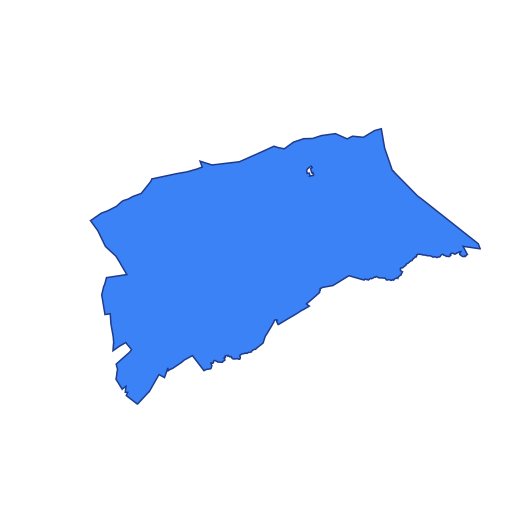 Mazowe, Mashonaland Central, Zimbabwe, rotated 54°
{"feature_id": "62879985B76003628227782", "entity_name": "Mazowe", "entity_type": "district", "adm_level": 2, "iso_a3": "ZWE", "parent_name": "Zimbabwe", "parent_adm1": "Mashonaland Central", "projection": "mercator", "projection_center": [31.124, -17.263], "detail": "fine", "context": "isolated", "style": "filled", "palette": "blue", "viewbox_px": 512, "rotation_deg": 54, "n_neighbors": 0, "source": "geoboundaries", "source_scale": "gbopen_adm2", "svg_char_len": 5710}
<svg xmlns="http://www.w3.org/2000/svg" viewBox="0 0 512 512"><g transform="rotate(54 256 256)"><path d="M379.0,84.1L369.9,82.8L381.7,70.7L381.9,70.4L376.8,69.0L307.5,88.4L302.5,90.0L267.7,95.2L267.8,95.0L266.5,95.3L259.1,93.0L244.3,88.5L226.7,79.8L224.2,86.4L223.1,99.3L215.8,107.5L214.8,113.4L203.7,119.8L197.0,132.3L194.2,141.1L189.0,148.6L188.0,152.3L187.9,152.4L185.9,158.7L185.9,170.1L181.6,174.1L177.7,177.0L176.3,184.3L170.0,214.0L156.4,238.2L146.4,245.5L150.3,246.6L152.5,247.3L151.5,250.3L151.4,250.9L151.4,251.3L147.4,262.3L143.0,271.2L132.4,295.0L133.8,297.1L137.9,312.1L135.4,320.9L134.8,325.9L133.1,331.1L133.1,333.5L133.8,339.5L132.2,349.6L130.4,356.0L130.1,369.1L142.5,369.1L159.9,372.2L173.8,369.4L182.6,370.1L182.8,370.2L195.1,371.4L185.6,389.7L190.2,395.3L191.1,397.1L196.8,403.7L214.6,412.6L217.1,407.9L225.7,413.3L237.2,418.9L242.7,422.2L242.8,422.5L243.1,422.6L243.6,423.2L248.6,427.4L248.7,419.7L249.4,412.9L249.4,412.3L258.6,411.7L259.6,415.2L260.5,425.0L261.3,432.7L266.2,434.6L267.0,435.3L267.5,436.0L272.2,440.4L272.9,441.3L273.7,441.8L275.2,441.8L285.1,442.6L285.0,442.3L285.0,437.8L289.4,441.9L290.9,439.9L292.7,443.0L305.9,439.1L305.9,438.6L306.1,438.5L302.9,422.2L303.0,422.1L294.9,404.2L300.6,401.5L294.7,393.0L297.2,394.4L297.2,392.9L297.7,390.3L297.9,389.9L298.1,384.7L298.3,378.5L298.0,375.2L299.2,366.0L308.7,365.7L318.2,365.5L318.6,362.8L320.2,359.8L320.4,359.4L320.5,358.6L320.3,358.1L320.0,357.8L319.8,357.5L319.3,356.8L318.9,356.2L318.7,356.1L316.9,355.8L316.3,355.6L316.0,355.4L316.0,355.2L317.0,354.5L317.3,354.2L317.4,353.7L317.1,353.3L317.1,352.9L316.5,352.5L316.4,352.5L316.3,352.4L316.2,352.3L315.9,351.2L316.2,350.8L316.4,350.8L317.6,350.0L319.3,349.2L322.2,345.8L322.2,345.4L322.0,345.1L322.0,344.9L322.0,344.7L321.8,344.3L321.8,343.7L322.0,343.3L322.0,342.6L321.9,342.6L321.8,342.4L321.6,342.2L321.4,342.2L321.0,342.0L320.4,342.1L320.1,341.9L319.7,341.8L319.7,341.5L319.9,341.0L320.1,340.8L320.1,340.4L319.7,340.1L319.0,340.0L319.0,339.9L318.8,339.8L318.8,339.0L319.2,338.3L320.2,337.9L320.2,337.6L320.1,337.4L319.9,337.2L320.0,337.0L320.4,336.8L321.4,336.9L322.1,336.5L322.5,335.8L322.5,335.3L322.6,335.2L323.0,335.1L323.7,335.5L324.1,335.5L325.3,335.3L325.6,335.1L326.1,334.7L326.9,333.6L327.5,332.6L327.9,331.5L329.3,330.7L329.8,330.1L329.8,329.9L329.8,329.3L329.0,328.5L328.5,328.1L328.1,328.0L327.5,328.0L327.2,327.8L327.0,327.5L326.9,327.4L327.0,327.2L326.9,327.1L326.9,325.2L327.1,324.4L327.4,324.2L327.7,323.8L327.8,323.5L327.8,323.1L328.0,322.7L328.2,322.0L328.5,321.8L328.5,321.2L329.3,320.8L329.6,320.2L329.6,319.6L329.5,318.7L329.8,318.3L330.2,317.9L330.4,317.4L330.9,316.0L330.3,315.0L330.2,314.6L330.5,313.3L330.5,312.2L331.2,311.3L331.2,310.7L331.0,310.2L330.9,309.7L330.6,301.5L326.4,295.7L325.4,293.0L321.6,284.1L319.9,280.4L319.2,279.5L318.8,278.6L318.8,278.3L318.9,278.0L319.1,277.9L319.5,277.4L319.6,277.0L319.9,276.6L320.4,276.6L320.7,277.6L321.5,277.8L322.4,278.1L323.3,278.1L324.2,278.4L324.5,278.4L324.6,278.2L325.6,266.7L326.5,257.7L326.9,250.3L326.9,250.1L327.2,249.3L327.9,242.3L324.4,243.4L323.8,235.3L322.9,226.0L321.7,225.7L321.8,225.7L321.9,225.4L321.9,225.0L321.5,224.7L321.4,224.7L321.4,224.4L321.5,224.1L321.3,223.9L320.6,223.8L320.0,223.3L320.2,222.5L320.5,221.9L320.4,220.9L325.1,211.2L326.6,192.4L338.9,182.8L338.8,182.7L338.7,182.2L338.7,181.8L338.7,181.4L338.9,181.1L339.3,180.8L339.5,180.8L340.2,180.4L340.3,180.1L340.5,179.6L341.1,179.5L341.5,179.2L341.4,177.9L341.4,176.9L341.5,176.7L342.4,175.7L342.4,174.8L342.7,174.0L342.7,173.2L342.8,172.2L343.4,171.8L343.3,171.1L343.4,170.6L343.6,170.4L344.7,170.1L345.2,169.9L346.1,169.1L346.4,168.9L347.4,167.5L348.9,165.7L349.1,165.5L349.4,165.2L349.9,164.6L351.7,164.6L352.3,164.4L352.6,164.0L352.6,163.8L352.9,163.0L353.4,162.3L353.4,162.2L354.3,161.5L354.8,161.3L355.1,161.1L355.4,160.5L355.3,160.0L355.4,159.5L356.3,159.1L356.4,158.9L356.4,158.6L356.0,157.7L356.0,157.1L356.2,156.4L356.3,156.3L356.3,156.1L356.5,155.8L356.5,154.6L356.8,154.3L357.4,154.3L356.9,153.5L356.9,153.3L356.5,152.3L356.5,151.1L356.4,150.9L356.6,149.7L356.2,149.2L355.9,149.1L355.6,148.4L355.5,147.8L355.1,147.4L355.0,147.2L354.9,146.8L352.6,147.7L351.6,146.9L350.9,146.5L350.9,145.7L351.5,145.0L351.7,144.2L351.7,143.0L351.5,142.6L351.5,141.3L351.7,140.5L351.3,139.7L350.9,139.5L350.9,138.8L351.1,138.0L351.2,136.1L351.0,135.9L351.0,133.3L351.4,132.4L351.0,131.8L351.0,131.2L350.6,130.4L350.6,128.5L350.3,127.7L350.5,127.5L350.5,127.3L350.9,126.8L350.5,126.2L349.7,125.6L349.9,125.1L349.7,124.9L349.8,124.1L350.4,123.0L350.5,123.0L351.1,122.2L351.7,121.6L353.2,120.4L353.7,119.9L354.3,119.0L356.5,117.2L358.0,115.3L358.1,115.1L358.5,114.8L359.9,113.9L360.1,113.9L360.3,113.8L360.8,113.6L361.3,113.0L361.5,112.0L361.8,111.7L362.3,111.4L362.5,111.2L362.9,111.1L363.7,110.4L364.0,108.8L364.7,108.0L364.7,107.5L364.0,105.5L364.0,105.0L364.7,103.6L365.7,103.6L366.5,103.0L367.8,102.3L368.4,102.1L368.6,101.5L369.2,100.9L369.8,100.1L370.0,100.1L370.0,98.2L369.8,98.2L369.6,97.8L369.0,98.0L369.0,97.6L368.8,97.0L368.6,97.0L368.6,96.5L369.0,95.9L369.0,95.7L369.4,95.1L370.4,94.7L371.4,94.2L371.6,93.2L371.6,91.8L371.8,91.8L371.8,91.3L372.2,89.7L372.2,88.9L372.8,87.6L373.3,88.8L373.5,88.9L373.5,89.5L374.3,90.1L374.7,90.3L375.2,89.9L376.2,89.7L377.4,89.4L378.1,88.8L378.7,88.2L378.7,87.3L378.9,87.3L378.9,87.1L379.3,87.1L379.3,86.3L379.1,85.3L378.7,84.7L379.0,84.1ZM218.4,165.7L217.0,165.1L216.6,164.9L216.4,164.4L215.7,162.7L215.7,158.6L217.5,158.5L217.5,160.5L221.2,162.0L221.7,161.1L222.2,161.6L222.7,161.1L222.8,161.4L224.3,161.7L224.1,162.6L224.3,162.7L222.9,165.7L222.4,165.0L221.8,164.7L220.1,164.3L219.3,166.0L218.6,165.5L218.4,165.7Z" fill="#3b82f6" stroke="#1e3a8a" stroke-width="1.5"/></g></svg>